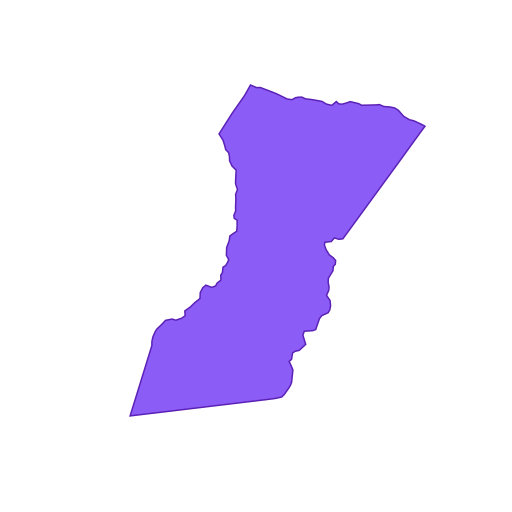 outline of Orocó, Pernambuco, Brazil, rotated 215°
{"feature_id": "56859067B75752294715592", "entity_name": "Orocó", "entity_type": "district", "adm_level": 2, "iso_a3": "BRA", "parent_name": "Brazil", "parent_adm1": "Pernambuco", "projection": "mercator", "projection_center": [-39.584, -8.455], "detail": "fine", "context": "isolated", "style": "filled", "palette": "violet", "viewbox_px": 512, "rotation_deg": 215, "n_neighbors": 0, "source": "geoboundaries", "source_scale": "gbopen_adm2", "svg_char_len": 1861}
<svg xmlns="http://www.w3.org/2000/svg" viewBox="0 0 512 512"><g transform="rotate(215 256 256)"><path d="M267.4,52.8L159.4,149.5L156.7,152.3L154.1,155.2L153.4,158.9L153.4,166.2L153.6,169.7L154.3,172.8L160.4,183.8L164.4,186.4L168.4,188.6L167.6,191.7L170.4,197.6L169.3,200.4L166.5,203.4L164.6,212.1L172.2,218.1L173.3,222.1L166.7,227.4L164.9,230.0L168.1,241.1L167.9,245.0L164.4,250.8L164.6,254.0L166.4,258.1L169.8,262.0L175.6,264.2L176.8,269.8L178.4,272.5L181.9,276.0L184.0,279.4L184.5,288.1L186.7,291.8L186.3,294.7L188.2,298.0L191.8,298.9L196.6,299.0L202.2,301.4L206.1,304.1L207.5,306.7L202.6,311.1L202.2,315.7L197.6,317.3L194.7,319.9L192.8,415.1L192.4,441.2L192.2,451.6L192.0,459.2L195.3,458.9L204.3,457.3L208.5,455.6L215.1,455.1L222.9,457.0L227.3,456.8L231.6,455.0L237.0,451.8L241.8,450.8L244.1,448.8L247.6,446.2L255.9,440.1L259.3,439.7L267.4,436.5L269.0,434.1L272.6,429.7L275.5,428.1L278.8,428.6L280.3,422.9L285.5,420.8L290.6,420.5L295.4,418.3L300.9,415.7L305.6,413.1L309.4,412.5L311.9,410.8L314.4,408.4L316.2,404.7L320.5,402.5L332.2,400.7L349.1,396.5L352.0,394.3L358.6,392.9L357.7,384.1L357.4,380.3L357.4,373.8L357.4,359.2L356.3,334.8L349.4,331.9L344.8,328.4L341.9,325.8L337.6,324.9L334.6,322.0L332.2,318.8L327.2,315.9L321.4,314.9L319.4,311.5L314.7,304.1L312.6,302.2L309.4,300.0L308.0,294.7L305.2,291.2L300.9,284.5L298.6,281.4L297.4,276.5L295.4,274.4L292.0,274.5L288.2,269.0L286.0,265.2L287.2,262.2L288.9,257.5L286.6,252.8L284.9,246.1L280.7,239.6L276.4,237.5L275.6,234.4L275.4,230.7L276.6,227.9L274.0,223.1L273.9,220.1L270.9,216.2L272.3,211.6L271.9,208.3L274.3,204.9L280.3,203.4L281.4,199.5L280.7,194.1L277.5,189.0L279.4,182.7L280.5,176.8L282.8,170.2L279.8,166.4L281.2,162.4L284.9,157.4L288.6,156.2L293.2,151.4L294.0,145.7L295.3,139.6L295.2,136.5L294.1,130.7L292.3,126.4L289.9,122.8L267.4,52.8Z" fill="#8b5cf6" stroke="#5b21b6" stroke-width="1.5"/></g></svg>